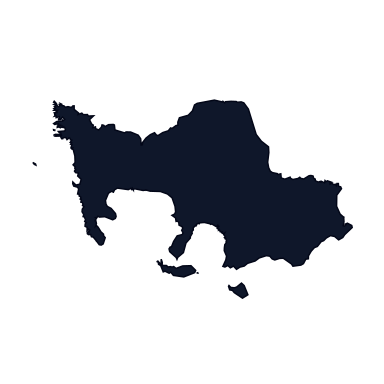 Batangas, Batangas, Philippines (Mercator projection), rotated 350°
{"feature_id": "2640588B63294043497895", "entity_name": "Batangas", "entity_type": "district", "adm_level": 2, "iso_a3": "PHL", "parent_name": "Philippines", "parent_adm1": "Batangas", "projection": "mercator", "projection_center": [120.815, 13.883], "detail": "fine", "context": "isolated", "style": "filled", "palette": "ink", "viewbox_px": 384, "rotation_deg": 350, "n_neighbors": 0, "source": "geoboundaries", "source_scale": "gbopen_adm2", "svg_char_len": 5903}
<svg xmlns="http://www.w3.org/2000/svg" viewBox="0 0 384 384"><g transform="rotate(350 192 192)"><path d="M80.8,84.9L78.9,84.3L79.0,83.0L77.7,82.1L78.0,83.0L76.5,82.8L76.9,84.0L75.6,84.9L74.4,84.1L73.9,81.8L71.4,81.9L72.7,82.9L72.4,84.1L71.5,84.1L72.3,85.3L70.6,85.8L71.7,86.6L70.2,87.5L73.6,88.2L72.3,88.8L73.0,89.3L72.9,90.4L70.1,90.1L70.5,91.7L69.6,91.8L70.9,91.9L70.9,92.6L69.9,93.4L71.3,93.3L71.1,95.2L74.4,94.7L74.2,96.5L72.6,97.0L73.5,97.0L73.3,97.6L75.3,97.7L77.5,95.8L79.3,98.3L77.4,99.3L77.0,98.8L76.9,99.6L71.0,99.1L67.6,100.6L68.6,101.7L72.2,101.4L71.8,102.2L74.1,103.4L70.9,103.6L70.5,105.0L72.2,104.8L73.5,105.9L74.7,105.4L76.3,106.1L76.5,105.4L77.8,106.4L78.2,108.6L77.3,109.8L70.9,109.2L71.7,110.6L73.0,110.9L73.1,112.6L67.4,111.5L65.4,112.1L68.0,112.1L68.7,113.0L67.7,113.4L71.0,113.9L74.0,113.5L72.1,114.2L72.9,116.9L74.0,117.1L74.6,116.1L77.3,116.5L78.0,118.7L80.4,117.4L81.3,118.1L81.3,119.4L82.6,120.1L80.7,122.0L82.0,122.6L80.8,123.9L82.0,124.4L80.4,127.6L81.1,128.5L81.6,127.8L82.1,127.8L81.3,128.8L82.4,129.5L82.9,136.2L82.0,142.7L79.6,144.6L81.2,146.8L80.7,148.5L81.3,149.5L79.9,151.0L80.7,152.7L83.4,153.7L82.2,156.4L85.1,160.3L82.9,164.8L78.9,165.0L76.4,161.5L76.0,163.1L76.6,165.7L80.1,167.4L80.9,169.3L79.0,174.1L80.5,174.7L80.2,176.4L81.5,177.4L81.5,179.0L80.7,179.5L81.7,180.4L80.8,182.7L82.1,183.2L82.6,185.0L81.8,186.2L83.1,187.7L81.0,189.8L80.3,192.4L81.5,195.4L80.5,197.3L81.5,197.7L82.4,200.6L81.2,202.5L82.6,203.7L81.3,204.9L80.7,207.2L82.6,208.6L82.0,211.6L83.5,210.4L84.7,211.7L83.5,212.5L84.0,213.0L83.4,213.7L82.0,213.4L81.7,214.9L82.7,216.0L84.8,216.2L85.2,218.6L86.9,219.2L89.4,223.6L88.8,224.1L89.5,223.8L91.5,227.8L93.4,228.5L95.5,227.7L98.6,221.9L97.4,219.8L97.5,218.1L95.4,215.4L93.4,210.3L92.1,208.4L91.1,209.0L92.4,206.5L92.3,203.9L91.0,203.1L92.7,203.5L91.9,202.8L93.3,201.4L92.6,200.5L93.9,200.7L95.1,199.5L96.4,200.6L101.9,201.2L109.1,205.6L111.9,204.7L113.0,202.9L112.9,199.9L109.5,194.1L106.1,191.5L105.2,189.0L105.3,185.3L109.5,178.7L112.4,177.5L113.9,177.7L113.8,177.8L114.1,178.0L114.4,178.6L114.5,178.6L116.1,176.4L119.2,175.2L129.7,178.6L132.2,177.8L133.1,179.1L133.8,177.8L134.6,179.7L134.7,179.0L136.5,179.0L144.1,182.0L147.1,182.1L147.3,183.0L147.3,182.2L150.9,183.9L161.0,186.0L167.5,189.7L171.4,194.3L172.8,203.2L172.4,208.8L171.0,210.7L168.2,211.5L171.3,214.7L171.2,218.2L172.3,218.1L173.7,219.3L173.5,222.4L176.4,224.5L176.4,226.5L175.2,227.9L176.1,230.7L175.0,232.2L169.8,232.6L165.3,237.5L162.3,242.4L160.9,242.4L159.5,244.0L159.7,246.9L165.1,253.8L165.5,255.7L166.6,253.9L173.0,250.2L177.2,241.2L182.4,237.0L182.5,235.8L185.1,232.7L184.9,231.1L186.7,229.6L186.9,227.7L188.8,226.1L190.1,226.1L190.4,225.2L191.2,225.7L190.7,225.1L191.4,224.2L193.2,223.9L193.5,224.5L194.5,223.7L196.3,223.9L196.4,224.5L196.5,223.9L199.0,224.2L204.0,226.3L204.8,226.8L204.1,227.5L204.8,226.8L206.4,227.3L210.1,230.5L211.7,229.1L212.5,230.5L211.2,231.1L211.7,232.0L211.1,231.2L210.5,232.3L211.7,233.1L211.5,234.1L212.3,233.7L212.9,236.1L214.7,236.5L214.2,237.3L215.6,238.6L217.1,238.0L215.9,239.6L217.1,242.0L216.0,242.6L216.8,243.6L216.5,244.6L216.9,243.6L217.3,244.1L217.5,246.1L216.8,247.1L217.2,247.8L215.2,249.5L214.2,252.5L213.6,252.3L214.2,252.5L213.6,255.4L214.9,261.1L213.5,264.8L209.5,270.6L211.4,271.6L214.5,270.6L216.6,273.3L220.0,272.2L222.4,275.9L226.1,274.3L230.6,274.0L234.3,271.9L242.2,270.9L246.8,268.6L254.1,267.6L257.5,268.7L259.3,271.8L261.7,273.3L266.7,272.6L270.4,273.1L277.5,280.2L278.5,282.6L286.6,282.9L289.3,281.9L292.4,277.9L295.0,278.0L295.6,275.1L299.1,271.0L302.9,268.0L306.0,267.4L310.6,263.3L313.2,262.8L316.3,260.6L320.8,259.0L324.8,260.6L328.1,264.6L332.6,263.0L335.0,260.5L343.6,254.8L343.5,252.7L339.6,249.7L337.2,250.3L337.9,251.0L336.3,252.0L335.0,251.5L336.5,247.6L337.0,243.2L337.8,242.9L336.9,243.1L334.0,239.4L331.9,231.2L334.0,220.3L339.8,214.7L339.3,212.7L337.3,211.8L337.6,209.1L336.2,208.8L335.1,210.8L334.4,209.2L333.1,209.5L331.0,207.6L329.4,208.2L329.5,207.1L331.2,206.7L327.3,204.5L325.7,205.1L325.0,203.9L324.1,206.0L321.0,203.8L320.5,204.8L319.5,203.9L318.1,204.2L315.4,202.3L315.6,200.7L314.2,199.6L314.0,197.3L312.0,196.4L310.1,196.3L304.3,198.6L301.4,197.4L300.7,196.2L298.7,197.1L293.5,197.2L291.5,195.7L291.2,194.4L285.7,195.5L282.3,193.7L282.6,189.5L279.6,189.7L279.2,188.7L274.6,186.9L272.7,185.1L271.7,181.4L271.7,175.8L274.5,166.5L275.2,160.8L269.1,154.0L265.2,146.5L261.9,120.1L258.5,113.2L256.1,111.8L252.3,111.5L251.3,110.6L246.2,109.5L240.7,108.9L239.7,109.9L238.2,108.1L237.8,108.7L230.0,105.4L212.5,105.6L209.6,106.7L206.6,112.1L201.6,115.8L192.5,116.7L190.2,120.7L189.7,123.8L187.8,123.8L183.5,125.9L182.0,125.2L179.3,127.6L173.5,128.4L168.4,130.5L166.9,129.8L165.4,127.1L160.9,128.3L156.1,130.9L151.9,134.7L151.3,136.9L150.1,136.9L150.7,130.7L148.9,126.7L142.0,122.3L137.5,121.4L135.9,122.1L126.9,117.5L127.2,112.5L126.2,111.8L121.5,111.2L117.6,112.5L116.7,111.0L115.1,110.3L114.0,112.5L110.9,114.7L108.1,112.9L108.2,111.1L105.4,111.4L106.4,109.0L105.0,107.7L103.6,103.0L108.3,99.9L103.1,99.2L102.5,97.6L98.3,96.9L97.2,95.2L93.2,95.9L94.0,94.5L90.3,90.2L90.9,86.7L89.7,86.5L87.9,87.8L84.7,86.4L82.0,86.5L80.8,84.9ZM146.4,254.1L145.1,254.6L146.6,254.8L146.5,257.4L148.4,259.0L149.8,265.7L151.7,265.3L155.4,268.0L157.2,267.3L159.2,270.9L169.2,274.2L180.6,271.9L182.0,269.8L178.2,264.4L170.0,263.2L163.0,264.5L161.0,262.2L159.1,262.6L158.2,261.8L155.2,261.6L154.2,260.0L149.4,259.0L146.4,254.1ZM227.1,293.2L224.9,290.3L219.4,293.4L217.1,293.7L213.6,292.7L212.2,290.5L211.6,291.2L212.1,294.9L214.8,296.0L216.1,298.4L223.3,305.3L229.2,302.9L227.1,293.2ZM150.0,252.8L149.3,256.4L150.0,258.4L150.5,256.2L150.0,252.8ZM40.4,135.3L41.5,137.4L42.9,138.4L42.8,137.3L40.4,135.3ZM72.1,78.7L71.3,79.6L73.6,81.4L73.5,80.8L72.1,78.7ZM66.5,106.6L66.5,107.2L67.5,107.6L67.7,107.2L66.5,106.6ZM183.6,272.5L182.5,272.6L183.7,272.8L183.6,272.5Z" fill="#0f172a" stroke="#020617" stroke-width="1.5"/></g></svg>